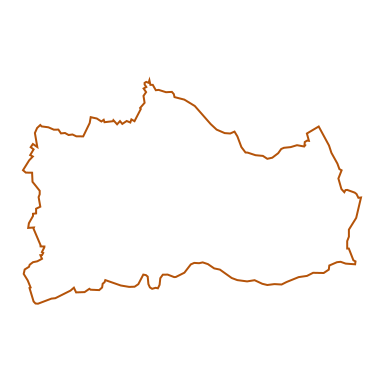 Cork City North West Lea-6, Cork, Ireland (Mercator projection)
{"feature_id": "5873133B44543417312152", "entity_name": "Cork City North West Lea-6", "entity_type": "district", "adm_level": 2, "iso_a3": "IRL", "parent_name": "Ireland", "parent_adm1": "Cork", "projection": "mercator", "projection_center": [-8.566, 51.923], "detail": "fine", "context": "isolated", "style": "outline", "palette": "amber", "viewbox_px": 384, "rotation_deg": 0, "n_neighbors": 0, "source": "geoboundaries", "source_scale": "gbopen_adm2", "svg_char_len": 2452}
<svg xmlns="http://www.w3.org/2000/svg" viewBox="0 0 384 384"><path d="M286.6,282.0L298.7,277.1L307.0,275.9L313.1,272.8L323.7,273.0L328.8,269.6L329.3,265.5L337.0,262.2L340.6,261.8L345.7,263.6L355.1,264.3L355.5,261.4L353.4,260.3L348.8,248.5L347.2,248.5L347.2,241.1L348.9,236.7L348.9,229.6L356.2,217.9L361.0,197.5L358.4,197.8L356.5,194.0L354.7,192.6L347.2,189.9L345.5,190.1L344.3,192.2L341.4,189.0L338.4,178.5L341.6,170.3L339.4,169.1L337.4,163.6L331.4,152.8L329.0,145.5L318.7,126.5L306.9,133.5L308.9,140.8L307.1,140.6L304.8,142.0L304.5,144.8L305.2,145.2L304.2,146.5L297.0,145.2L290.7,147.1L283.9,147.8L281.2,149.0L278.2,153.2L272.3,157.7L267.3,158.8L262.9,155.9L255.5,155.2L247.6,152.6L245.5,152.5L241.4,147.1L237.4,136.4L234.5,131.6L230.2,133.5L224.7,133.1L216.6,129.6L210.7,124.1L194.8,106.0L184.3,99.6L174.5,97.1L173.8,94.1L171.9,91.9L166.0,92.2L158.7,89.9L155.8,90.2L152.8,84.9L150.4,84.9L149.4,80.3L148.6,82.8L146.2,81.9L144.6,82.9L144.6,84.5L146.3,87.0L143.6,88.5L146.1,92.1L143.5,95.9L144.6,102.8L140.1,108.0L140.8,109.0L134.5,121.2L131.4,119.4L130.3,122.5L126.7,121.0L122.3,123.9L120.0,121.1L117.1,124.3L113.4,120.2L113.0,121.2L104.5,122.2L103.7,119.8L101.4,121.5L96.8,118.5L90.7,117.2L89.7,123.0L83.2,136.4L76.3,136.3L72.5,134.5L68.6,135.0L65.0,133.0L61.0,133.4L58.4,129.6L53.9,129.7L48.4,127.3L41.6,126.4L40.3,125.0L37.1,128.0L34.9,133.0L37.3,147.0L32.9,144.0L30.7,147.2L33.6,149.4L30.2,155.1L32.8,156.5L29.2,160.3L23.0,170.2L25.8,172.6L32.1,172.7L32.5,181.8L39.7,190.8L39.7,194.3L38.6,197.1L40.3,206.7L36.1,208.7L36.1,213.4L33.0,213.8L33.0,216.0L28.9,223.2L28.2,227.9L33.9,227.5L33.5,228.6L40.9,246.0L39.7,246.4L44.4,246.5L44.3,247.4L41.9,252.1L43.2,252.9L42.1,255.0L40.4,255.2L42.0,258.8L37.3,261.3L33.0,262.2L29.7,264.7L29.0,266.8L24.7,269.5L23.7,273.9L27.7,280.4L30.6,287.5L29.5,288.0L33.6,301.5L35.5,303.5L38.0,303.7L51.5,298.6L55.3,298.2L70.5,290.6L73.9,287.7L76.1,292.4L84.6,292.1L89.4,288.8L90.6,289.7L99.2,290.1L102.1,287.5L102.7,283.7L104.5,282.3L105.3,280.1L120.8,285.5L129.2,286.9L134.6,286.7L138.3,284.2L143.3,274.6L145.9,275.1L147.7,276.6L148.4,284.1L149.9,287.4L152.1,288.8L155.7,287.8L157.9,288.3L159.6,284.8L160.3,278.2L162.8,274.7L167.7,274.6L174.2,277.1L175.8,277.0L184.4,272.7L190.8,264.4L194.2,262.9L199.1,263.2L202.7,262.4L207.9,264.1L214.2,268.4L219.9,269.6L231.7,278.0L237.3,280.1L247.1,281.4L254.6,280.2L262.3,283.8L267.3,285.0L274.4,284.1L281.6,284.5L286.6,282.0Z" fill="none" stroke="#b45309" stroke-width="2"/></svg>